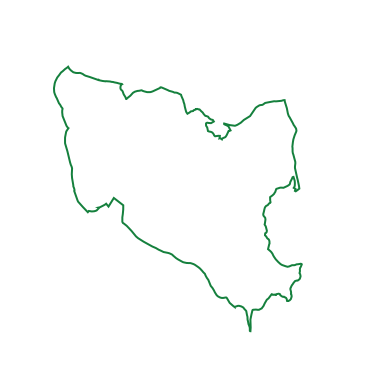 the district of Papiu Ilarian, Mures, Romania, rotated 258°
{"feature_id": "2599482B30644499185341", "entity_name": "Papiu Ilarian", "entity_type": "district", "adm_level": 2, "iso_a3": "ROU", "parent_name": "Romania", "parent_adm1": "Mures", "projection": "equal_earth", "projection_center": [24.217, 46.568], "detail": "fine", "context": "isolated", "style": "outline", "palette": "green", "viewbox_px": 384, "rotation_deg": 258, "n_neighbors": 0, "source": "geoboundaries", "source_scale": "gbopen_adm2", "svg_char_len": 5959}
<svg xmlns="http://www.w3.org/2000/svg" viewBox="0 0 384 384"><g transform="rotate(258 192 192)"><path d="M173.0,297.7L175.7,297.9L182.0,297.9L183.8,297.8L194.1,297.7L195.8,298.1L198.4,299.0L200.0,299.3L207.6,298.9L208.9,298.7L210.6,298.8L214.1,299.5L215.5,299.6L219.9,301.1L222.4,302.1L224.0,303.0L226.1,304.2L229.4,306.5L230.2,306.9L232.4,307.0L235.1,306.0L236.4,305.4L238.2,305.0L244.9,303.0L246.0,302.5L247.1,302.3L248.9,302.1L254.2,302.2L260.9,301.6L262.6,301.7L262.8,300.5L262.6,298.4L263.2,293.0L263.7,291.2L263.8,287.6L263.9,282.1L262.7,279.4L262.6,278.8L262.8,276.6L262.7,275.8L261.6,272.8L261.0,271.7L254.2,264.6L251.7,257.7L249.6,254.1L248.3,250.4L247.9,248.3L247.9,247.7L248.1,247.1L249.5,243.1L250.5,241.1L252.3,237.7L251.9,237.5L251.4,237.8L249.8,240.0L248.6,241.3L244.2,242.5L243.9,241.1L244.1,240.5L240.6,237.9L239.2,236.6L238.7,235.8L238.3,233.7L238.0,232.7L237.2,232.2L238.9,230.7L238.8,230.0L240.2,230.6L241.1,230.9L241.5,229.4L241.7,226.2L242.6,225.5L244.3,225.1L245.9,224.3L246.9,223.0L247.6,221.3L248.3,220.3L252.0,220.3L253.4,219.7L254.3,219.6L256.2,220.0L256.6,221.0L256.5,221.7L256.1,222.5L255.4,224.9L256.4,228.0L258.2,227.3L259.0,225.6L260.6,224.1L262.3,223.4L263.4,221.7L263.5,221.3L263.8,220.8L265.9,219.6L267.5,219.0L269.1,217.8L271.1,216.6L271.3,216.3L271.5,215.4L271.9,215.0L272.1,214.6L272.4,213.0L271.9,212.8L271.6,210.6L271.0,210.0L271.0,208.9L271.1,207.7L270.3,206.2L269.5,203.8L271.1,203.1L272.4,202.9L276.9,202.7L279.6,202.8L281.8,202.5L283.6,202.5L288.0,201.6L289.4,201.5L291.0,199.5L292.0,198.2L292.5,197.1L292.9,195.5L294.0,194.0L295.7,190.7L296.6,189.6L300.3,184.4L300.8,183.5L300.9,183.2L300.9,182.8L300.4,182.3L298.6,174.5L298.4,173.0L298.4,171.7L299.0,168.9L300.4,166.1L301.3,164.6L301.9,164.0L302.0,163.5L302.0,161.3L302.2,159.6L302.0,157.0L301.3,154.9L299.0,151.7L298.5,150.7L297.4,148.5L296.6,147.2L296.7,146.9L298.7,146.6L301.7,145.5L304.7,145.1L305.6,144.8L306.8,143.9L307.7,143.6L308.6,143.6L310.0,144.0L311.0,144.5L311.9,145.6L312.0,146.0L312.3,145.8L313.0,143.8L314.3,141.4L315.4,138.8L316.0,137.7L316.5,136.1L317.1,134.9L318.3,130.8L318.2,130.5L319.2,127.6L320.8,124.0L321.2,124.1L321.3,124.0L321.4,123.7L321.3,123.2L325.8,115.8L327.9,112.0L328.8,110.9L330.2,109.6L331.4,107.9L331.8,107.1L332.1,105.1L332.6,103.2L333.8,100.8L335.9,99.0L337.6,97.9L338.4,97.5L340.3,96.9L339.6,95.7L338.7,93.5L337.0,90.6L336.1,88.7L334.0,86.4L332.0,84.0L328.7,81.4L326.8,80.3L322.3,78.6L319.2,78.1L318.1,78.0L316.2,78.2L313.1,78.8L312.0,79.2L307.1,80.2L306.5,80.3L304.9,81.1L302.3,81.9L300.7,82.7L300.3,82.7L299.0,82.1L297.0,81.6L293.2,81.2L282.8,83.0L280.5,84.0L280.1,84.4L277.9,82.1L277.0,81.4L271.8,79.2L270.1,78.8L266.2,78.0L265.3,78.0L264.2,78.1L257.7,78.6L246.2,78.9L243.8,79.1L242.0,79.5L240.7,79.6L240.0,79.6L234.3,78.1L230.6,77.6L223.4,77.3L222.1,77.1L220.4,77.4L219.1,77.5L218.1,77.4L217.7,77.3L217.5,77.0L216.0,77.2L207.5,78.3L206.2,78.6L199.9,82.2L193.9,85.9L194.3,86.4L194.9,87.1L193.8,90.0L193.5,92.3L193.6,94.0L193.8,94.9L195.9,98.0L196.2,97.5L196.2,98.7L197.3,102.8L197.8,104.4L198.4,105.6L195.1,107.3L202.4,114.3L193.3,122.0L189.2,121.1L184.7,119.7L181.7,118.6L177.5,117.7L177.1,117.7L175.9,118.1L175.3,118.8L172.5,121.1L166.4,124.8L160.2,128.0L158.1,129.6L153.5,134.3L146.9,141.9L144.7,145.0L142.5,147.4L141.1,149.3L139.2,151.7L137.4,155.9L136.7,157.2L135.2,159.2L134.6,159.8L134.0,160.1L130.6,162.7L129.0,164.3L126.2,167.5L125.2,168.7L124.4,170.4L123.7,172.0L123.3,173.5L122.8,175.6L122.3,176.6L121.1,178.6L120.1,179.8L116.9,182.8L115.5,183.9L113.0,185.4L111.1,186.4L109.3,187.6L107.5,187.9L105.1,188.6L102.6,189.7L96.3,190.8L93.8,192.1L91.2,193.0L89.1,193.5L86.1,194.6L84.7,195.5L83.2,197.2L82.5,198.4L82.2,199.1L81.9,200.3L81.8,203.1L81.6,203.7L80.9,204.1L75.7,205.8L71.7,208.8L70.8,209.6L71.0,209.6L70.8,210.5L71.1,213.2L70.9,214.3L69.8,216.5L68.3,218.2L66.9,218.8L64.9,220.0L64.3,220.3L63.6,220.3L60.3,220.2L58.4,220.3L56.1,219.9L55.2,219.8L54.3,219.9L51.0,219.8L49.4,220.1L47.5,220.3L46.1,220.1L44.2,219.7L43.8,219.9L43.7,220.2L47.2,221.2L55.0,222.6L59.9,224.7L63.7,226.5L64.0,226.8L64.1,227.4L63.7,230.1L63.0,232.1L62.9,233.2L63.4,234.9L63.6,235.9L65.7,238.3L68.0,240.0L71.1,242.8L72.0,244.7L75.4,248.6L75.1,249.0L75.1,249.5L74.9,249.7L74.6,249.8L74.5,250.4L74.5,251.3L74.4,251.6L74.1,251.8L73.8,252.5L73.8,252.8L74.5,253.2L74.5,255.6L74.2,256.2L73.6,256.9L72.7,256.9L71.5,258.0L70.9,258.6L70.6,259.1L70.4,259.7L70.5,260.1L70.0,260.5L69.8,260.7L69.6,261.2L68.8,262.0L67.5,262.4L65.7,262.3L65.5,262.7L65.3,263.7L65.5,264.0L65.8,265.1L66.7,266.4L68.9,267.7L69.6,267.7L70.2,267.9L70.6,267.9L71.3,267.6L71.7,267.8L72.2,267.7L72.9,268.0L73.9,268.1L76.4,268.0L76.9,268.1L77.7,268.5L77.9,268.8L78.6,269.2L79.9,270.2L81.0,271.5L81.7,272.1L83.4,274.2L83.5,274.6L83.6,276.3L83.4,276.7L83.4,277.0L84.2,278.7L84.6,279.3L85.0,279.6L86.6,280.5L87.2,280.7L89.2,280.7L90.3,280.3L91.5,280.9L92.4,281.2L93.9,281.4L95.5,282.1L96.0,282.7L98.3,284.3L98.8,284.2L99.2,283.4L99.3,280.7L99.5,279.3L99.1,277.4L99.2,276.6L99.6,274.7L99.0,271.6L99.0,269.9L100.0,268.0L101.9,264.9L103.1,263.6L105.6,261.8L108.8,259.9L111.7,258.7L113.3,258.2L114.8,257.9L116.7,257.1L117.8,256.4L120.3,254.5L124.9,256.7L125.4,257.1L127.8,257.5L128.9,257.4L129.6,257.2L130.3,256.7L130.6,256.3L131.3,255.9L133.1,255.3L134.5,254.4L135.9,254.8L136.5,255.2L136.6,255.9L137.2,256.6L138.5,257.2L143.0,257.0L145.0,256.3L145.3,256.3L145.9,256.7L149.7,258.1L150.8,258.2L151.6,258.2L154.0,257.0L154.9,257.0L155.6,257.1L158.2,258.4L160.0,259.2L161.5,260.0L162.1,260.5L163.0,261.7L163.4,263.3L164.6,264.8L165.0,265.5L165.1,266.2L165.7,266.7L167.4,266.7L170.6,267.3L170.8,267.4L172.0,270.1L173.2,272.0L174.1,272.7L174.8,273.5L177.1,274.8L177.5,275.2L177.9,278.9L177.8,279.9L177.1,282.4L178.1,286.8L179.1,289.1L180.1,289.7L181.3,290.2L184.4,292.7L185.5,293.4L185.7,293.9L185.7,294.4L181.6,294.8L179.4,294.5L177.0,293.9L175.9,293.4L174.9,292.4L173.4,293.9L171.7,292.9L171.1,293.6L172.0,295.7L173.0,297.7Z" fill="none" stroke="#15803d" stroke-width="2"/></g></svg>